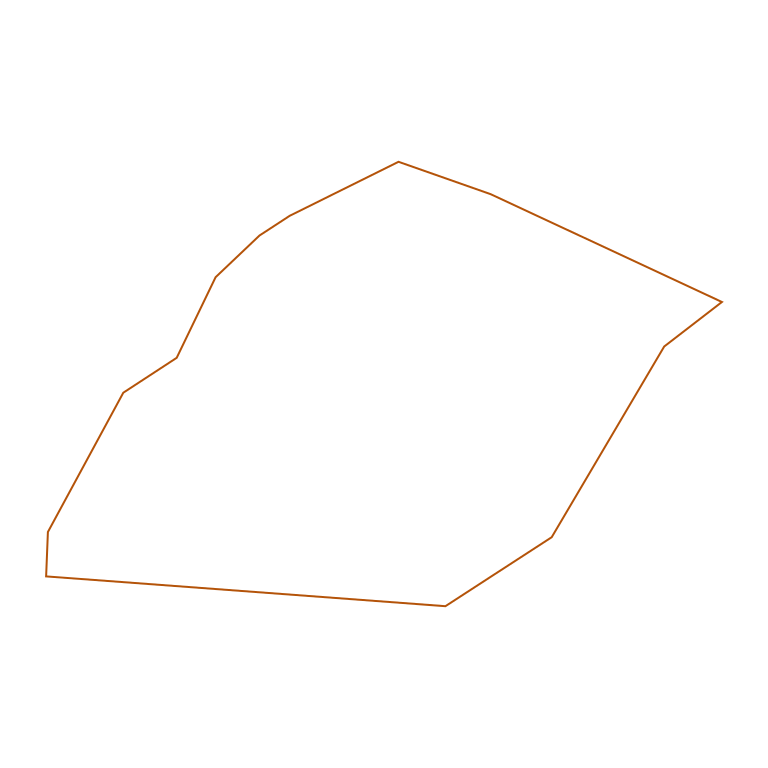 the border of Rogatec
{"feature_id": "SVN-983", "entity_name": "Rogatec", "entity_type": "Municipality", "adm_level": 1, "iso_a3": "SVN", "parent_name": "Slovenia", "parent_adm1": "", "projection": "orthographic", "projection_center": [15.736, 46.238], "detail": "fine", "context": "isolated", "style": "outline", "palette": "amber", "viewbox_px": 768, "rotation_deg": 0, "n_neighbors": 0, "source": "natural_earth", "source_scale": "10m", "svg_char_len": 316}
<svg xmlns="http://www.w3.org/2000/svg" viewBox="0 0 768 768"><path d="M721.9,302.0L664.2,346.5L551.7,537.2L445.4,606.2L46.1,576.4L46.2,574.5L47.9,532.0L123.3,392.7L176.7,357.8L215.6,277.2L259.5,235.5L289.7,215.8L398.5,161.8L490.7,194.2L718.5,300.4L721.9,302.0Z" fill="none" stroke="#b45309" stroke-width="2"/></svg>